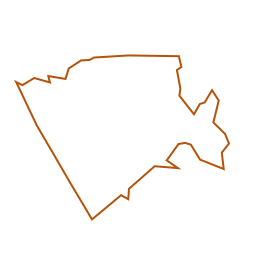 Baldwin, Georgia, United States of America, rotated 344°
{"feature_id": "52423323B1932057307983", "entity_name": "Baldwin", "entity_type": "district", "adm_level": 2, "iso_a3": "USA", "parent_name": "United States of America", "parent_adm1": "Georgia", "projection": "orthographic", "projection_center": [-83.204, 33.058], "detail": "fine", "context": "isolated", "style": "outline", "palette": "amber", "viewbox_px": 256, "rotation_deg": 344, "n_neighbors": 0, "source": "geoboundaries", "source_scale": "gbopen_adm2", "svg_char_len": 633}
<svg xmlns="http://www.w3.org/2000/svg" viewBox="0 0 256 256"><g transform="rotate(344 128 128)"><path d="M208.7,193.8L211.4,177.5L220.8,170.8L219.7,160.5L211.6,146.2L222.8,126.6L219.2,114.8L208.7,124.6L203.7,124.7L195.2,133.0L186.3,111.1L189.2,104.5L191.0,85.8L196.1,84.0L196.7,73.0L148.5,58.4L114.8,50.9L109.6,52.0L101.5,50.1L87.5,54.4L81.4,63.6L65.7,56.1L65.5,62.7L51.7,54.1L38.3,57.7L33.2,53.0L41.0,100.2L50.3,136.8L57.0,163.4L68.2,205.9L102.8,190.7L108.6,196.5L112.2,186.7L143.1,172.1L164.9,180.3L156.3,169.8L172.2,157.3L178.9,158.1L183.8,161.3L188.6,178.3L208.7,193.8Z" fill="none" stroke="#b45309" stroke-width="2"/></g></svg>